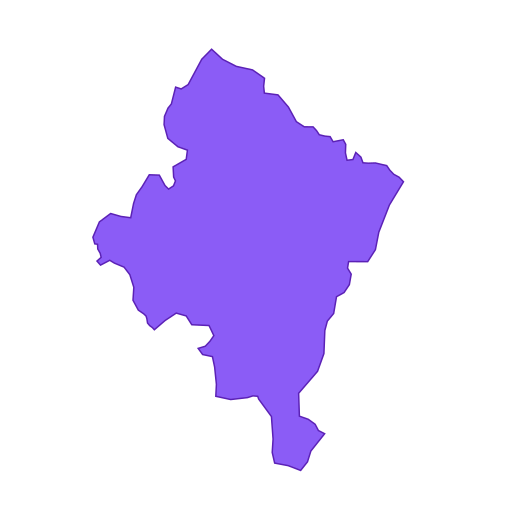 map outline of Stara Zagora (Mercator projection), rotated 38°
{"feature_id": "BGR-2233", "entity_name": "Stara Zagora", "entity_type": "Province", "adm_level": 1, "iso_a3": "BGR", "parent_name": "Bulgaria", "parent_adm1": "", "projection": "mercator", "projection_center": [25.503, 42.404], "detail": "fine", "context": "isolated", "style": "filled", "palette": "violet", "viewbox_px": 512, "rotation_deg": 38, "n_neighbors": 0, "source": "natural_earth", "source_scale": "10m", "svg_char_len": 1722}
<svg xmlns="http://www.w3.org/2000/svg" viewBox="0 0 512 512"><g transform="rotate(38 256 256)"><path d="M127.2,218.0L114.1,217.6L102.7,209.1L97.9,202.3L95.6,193.6L95.7,188.3L88.7,172.4L94.2,170.4L97.0,162.7L92.1,134.3L93.7,120.4L108.6,121.6L123.7,118.7L138.7,111.5L153.3,110.7L157.5,117.5L162.3,122.5L174.1,115.5L189.9,118.7L205.1,125.3L214.5,124.5L221.5,119.1L226.4,119.9L231.2,121.5L236.5,119.1L240.9,116.3L246.4,118.5L253.2,110.7L258.0,112.8L263.0,119.7L268.8,124.5L273.0,120.3L270.9,113.0L277.8,113.5L282.9,116.7L287.4,113.7L292.8,109.2L303.4,104.3L308.7,106.0L314.2,106.8L320.3,105.8L326.5,106.7L329.7,133.6L338.1,161.6L346.2,177.5L347.5,191.7L332.4,203.4L335.6,209.2L342.2,211.7L347.2,221.1L347.9,230.6L344.5,238.5L352.6,253.5L352.3,263.4L356.1,272.3L369.6,291.1L375.5,309.0L374.1,337.9L388.8,355.5L397.7,352.5L406.2,352.2L412.6,355.1L419.5,353.8L419.3,375.9L423.3,386.5L423.2,397.5L410.4,401.4L398.2,407.7L389.7,400.8L382.2,389.8L367.0,373.0L346.2,367.1L343.7,365.5L339.7,368.1L336.5,372.8L324.4,384.7L310.7,391.3L303.8,381.5L291.8,369.0L283.6,362.1L274.6,366.5L267.3,364.4L271.6,358.3L272.2,351.5L271.8,344.7L261.8,339.7L247.7,349.7L237.9,346.2L228.3,350.1L224.1,362.7L221.3,376.7L218.4,376.2L215.1,376.3L211.8,375.6L208.6,372.6L206.3,371.0L203.0,370.7L196.6,371.1L186.3,366.6L179.0,355.9L168.1,348.4L158.9,346.0L148.7,348.8L143.4,349.4L139.1,358.9L133.8,357.9L134.8,352.4L131.6,349.8L127.0,347.9L123.9,344.3L121.5,345.7L115.9,341.6L111.6,325.5L115.3,312.0L125.2,308.0L133.7,303.0L127.2,290.0L124.0,281.3L123.6,271.6L121.9,257.7L130.0,251.8L140.9,256.5L145.9,257.1L147.8,251.5L146.3,246.4L142.5,244.5L135.8,236.8L141.5,222.8L136.8,214.8L127.2,218.0Z" fill="#8b5cf6" stroke="#5b21b6" stroke-width="1.5"/></g></svg>